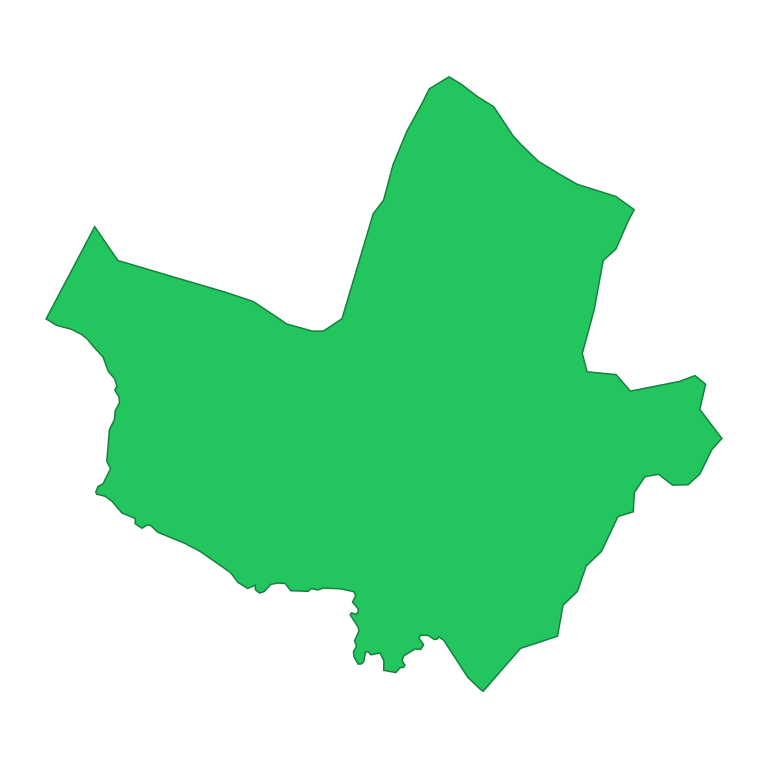 Fako, Sud-Ouest, Cameroon (Mercator projection)
{"feature_id": "32672807B90592144632468", "entity_name": "Fako", "entity_type": "district", "adm_level": 2, "iso_a3": "CMR", "parent_name": "Cameroon", "parent_adm1": "Sud-Ouest", "projection": "mercator", "projection_center": [9.222, 4.196], "detail": "fine", "context": "isolated", "style": "filled", "palette": "green", "viewbox_px": 768, "rotation_deg": 0, "n_neighbors": 0, "source": "geoboundaries", "source_scale": "gbopen_adm2", "svg_char_len": 1954}
<svg xmlns="http://www.w3.org/2000/svg" viewBox="0 0 768 768"><path d="M634.2,209.7L615.9,196.5L577.2,184.3L559.9,174.4L538.2,161.2L521.5,145.0L513.6,136.6L493.7,106.7L477.5,96.7L461.4,84.3L449.0,76.8L429.3,88.8L422.4,102.7L406.7,131.6L393.0,164.8L383.6,200.1L373.2,213.8L342.0,318.7L323.4,331.1L312.2,331.1L286.5,323.9L281.3,320.2L253.2,301.5L225.4,292.2L174.8,277.4L117.9,260.5L94.7,226.7L46.1,318.9L56.5,325.3L71.5,329.3L80.9,334.1L86.7,338.4L94.6,348.0L103.0,356.9L108.2,371.2L114.8,379.1L116.9,386.2L114.8,390.0L118.9,396.9L119.5,402.7L115.2,410.7L114.5,419.3L109.4,429.8L106.8,461.4L110.6,468.6L107.2,475.4L103.1,483.6L98.0,486.5L95.8,492.1L96.6,494.1L105.4,496.4L112.1,501.4L122.0,513.1L135.2,518.4L135.2,523.8L142.1,528.3L147.1,525.0L150.7,525.5L157.8,532.3L184.5,543.2L191.0,546.6L200.0,551.3L230.5,572.6L238.1,582.5L247.8,588.5L255.1,585.2L255.4,589.8L259.7,593.1L264.2,591.5L270.8,584.4L277.6,583.1L285.2,583.5L290.8,590.7L303.0,591.1L308.1,591.3L311.3,588.5L317.9,590.0L323.5,588.0L341.0,588.9L353.7,591.7L355.7,595.5L352.5,602.1L358.1,608.7L358.1,611.8L356.3,614.4L351.5,612.8L350.2,614.9L358.1,627.1L358.9,631.2L354.6,640.9L356.5,646.2L353.4,651.8L354.0,656.7L357.3,662.7L358.0,664.1L361.1,664.0L363.6,662.0L365.6,652.0L368.4,652.0L370.9,654.8L380.0,653.0L383.9,660.9L383.7,670.3L395.8,672.6L400.1,667.7L403.7,667.4L404.9,665.1L402.1,660.8L403.6,656.0L415.0,649.0L420.6,649.5L423.6,644.7L419.0,638.1L420.5,635.2L428.4,635.5L434.2,639.5L435.8,639.3L437.5,639.0L438.5,636.7L443.8,640.3L467.8,677.4L479.8,688.8L483.2,691.2L520.5,648.4L557.5,636.2L563.1,605.1L577.4,591.5L586.2,566.0L601.5,551.4L618.0,516.5L633.3,511.8L634.3,492.5L645.0,476.7L658.6,474.3L672.5,485.1L688.2,484.7L699.8,474.1L711.9,449.5L721.9,438.5L712.4,426.0L699.8,409.4L705.6,384.3L695.0,375.6L679.5,381.4L630.4,391.1L616.0,374.6L587.1,371.8L582.3,353.4L594.2,309.7L603.2,260.6L616.0,248.9L628.0,221.4L634.2,209.7Z" fill="#22c55e" stroke="#15803d" stroke-width="1.5"/></svg>